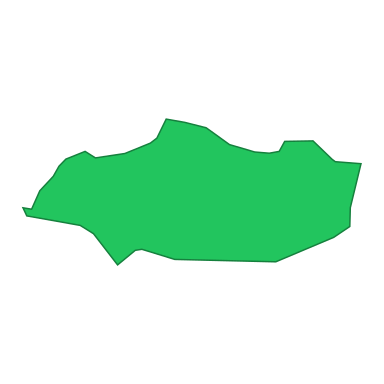 an SVG outline of Črna na Koroškem
{"feature_id": "SVN-944", "entity_name": "Črna na Koroškem", "entity_type": "Municipality", "adm_level": 1, "iso_a3": "SVN", "parent_name": "Slovenia", "parent_adm1": "", "projection": "equal_earth", "projection_center": [14.808, 46.47], "detail": "fine", "context": "isolated", "style": "filled", "palette": "green", "viewbox_px": 384, "rotation_deg": 0, "n_neighbors": 0, "source": "natural_earth", "source_scale": "10m", "svg_char_len": 540}
<svg xmlns="http://www.w3.org/2000/svg" viewBox="0 0 384 384"><path d="M95.4,157.9L124.9,153.5L150.4,143.1L156.9,138.1L166.2,119.1L184.9,122.4L206.2,127.8L229.5,144.6L254.7,152.0L269.3,153.2L279.2,151.4L284.7,141.4L313.0,140.9L332.1,159.3L335.3,161.7L361.0,163.7L350.3,207.7L349.8,226.5L333.8,237.3L275.8,261.8L174.7,259.4L141.9,249.3L135.3,250.3L117.6,264.9L93.5,233.7L80.2,225.4L26.8,215.9L23.0,207.8L31.6,209.2L39.8,190.8L53.3,176.3L59.0,166.2L65.9,159.1L85.1,151.4L95.4,157.9Z" fill="#22c55e" stroke="#15803d" stroke-width="1.5"/></svg>